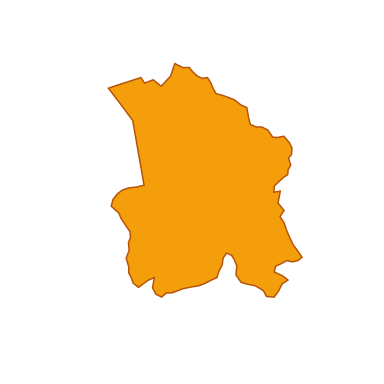 Parobé, Rio Grande do Sul, Brazil (Mercator projection), rotated 317°
{"feature_id": "56859067B66345802606616", "entity_name": "Parobé", "entity_type": "district", "adm_level": 2, "iso_a3": "BRA", "parent_name": "Brazil", "parent_adm1": "Rio Grande do Sul", "projection": "mercator", "projection_center": [-50.856, -29.657], "detail": "fine", "context": "isolated", "style": "filled", "palette": "amber", "viewbox_px": 384, "rotation_deg": 317, "n_neighbors": 0, "source": "geoboundaries", "source_scale": "gbopen_adm2", "svg_char_len": 1526}
<svg xmlns="http://www.w3.org/2000/svg" viewBox="0 0 384 384"><g transform="rotate(317 192 192)"><path d="M87.9,225.3L99.1,226.5L106.1,228.8L97.8,235.2L95.9,242.3L98.1,248.1L104.2,248.4L108.9,252.3L114.4,254.5L119.1,256.4L126.7,261.0L133.4,265.4L139.3,267.7L146.3,269.7L151.9,271.6L156.6,268.8L164.7,265.7L169.4,261.7L175.7,260.2L177.8,265.4L176.7,270.5L174.4,276.6L167.6,282.6L166.3,291.5L169.1,296.4L174.4,303.9L176.9,312.8L175.2,319.2L180.4,324.9L187.7,323.5L195.2,320.7L202.1,321.8L201.1,315.2L197.6,306.5L202.7,303.3L207.8,305.1L214.5,306.8L217.9,311.7L222.6,314.3L227.9,314.8L228.9,308.9L230.0,299.6L232.7,291.0L235.1,284.4L238.4,277.1L239.6,270.0L246.7,268.3L247.4,258.7L257.1,251.6L251.7,247.9L256.4,243.7L264.0,243.7L269.2,243.7L273.7,244.6L277.6,241.2L282.4,239.8L285.7,233.1L290.5,232.3L295.1,227.9L296.9,222.2L297.2,213.9L292.1,210.7L288.4,207.1L289.7,198.5L287.4,192.0L283.5,188.5L280.7,182.5L283.6,177.0L287.0,171.8L289.7,167.5L287.2,162.1L285.9,153.7L283.4,148.3L280.9,143.3L276.7,136.4L278.2,130.1L280.1,125.2L281.4,118.9L277.1,116.0L275.0,111.1L274.5,104.5L275.0,99.1L270.2,94.9L267.0,86.4L261.1,89.5L255.4,92.7L241.5,93.6L240.2,83.5L231.6,80.0L232.6,73.4L225.9,70.3L209.1,62.4L201.6,59.1L199.9,76.9L197.4,99.3L161.6,154.3L155.3,150.9L148.4,145.7L141.9,143.0L136.1,142.5L129.1,143.6L123.2,147.3L124.1,157.5L122.1,162.9L120.6,171.8L119.6,178.8L115.8,183.4L111.1,185.6L106.1,191.9L98.8,195.4L94.8,203.4L90.6,208.0L88.9,213.9L86.8,218.7L87.9,225.3Z" fill="#f59e0b" stroke="#b45309" stroke-width="1.5"/></g></svg>